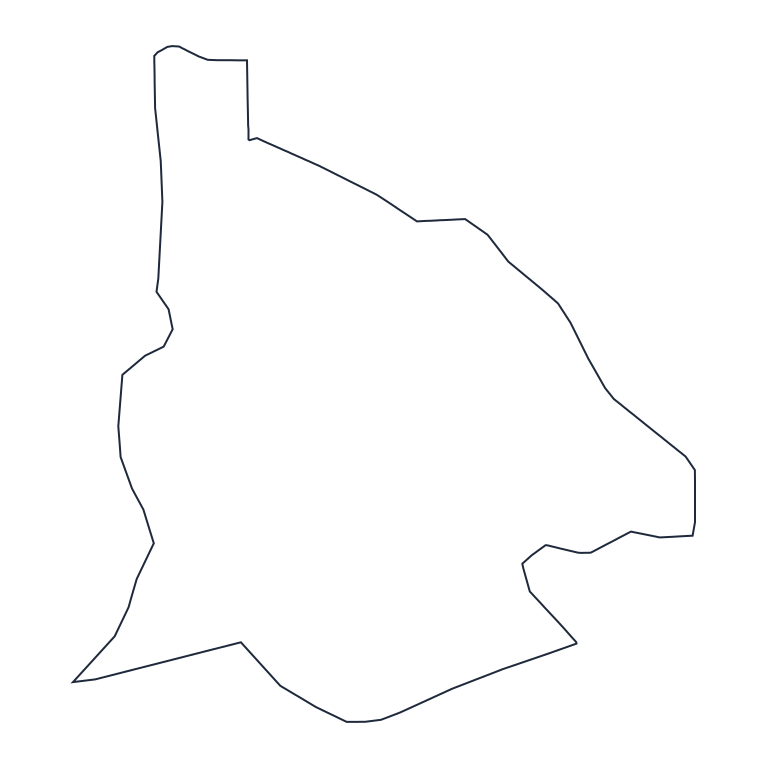 Shia'ria, Eastern Darfur, Sudan (orthographic projection)
{"feature_id": "16777658B58097455185888", "entity_name": "Shia'ria", "entity_type": "district", "adm_level": 2, "iso_a3": "SDN", "parent_name": "Sudan", "parent_adm1": "Eastern Darfur", "projection": "orthographic", "projection_center": [25.77, 12.585], "detail": "fine", "context": "isolated", "style": "outline", "palette": "slate", "viewbox_px": 768, "rotation_deg": 0, "n_neighbors": 0, "source": "geoboundaries", "source_scale": "gbopen_adm2", "svg_char_len": 4965}
<svg xmlns="http://www.w3.org/2000/svg" viewBox="0 0 768 768"><path d="M685.7,456.7L685.3,456.3L684.7,455.8L684.2,455.4L683.9,455.2L683.4,454.8L683.0,454.5L682.8,454.3L682.4,454.0L682.0,453.6L681.1,452.9L680.2,452.2L679.8,451.9L679.0,451.3L677.0,449.7L676.4,449.2L673.5,446.8L672.9,446.4L670.7,444.6L669.4,443.6L667.2,441.8L666.4,441.1L665.8,440.7L658.9,435.1L658.2,434.6L653.2,430.6L648.4,426.7L647.6,426.1L644.5,423.6L644.3,423.4L643.9,423.1L638.9,419.1L636.3,417.0L635.8,416.6L633.5,414.7L632.8,414.2L631.7,413.3L629.1,411.3L626.7,409.3L626.1,408.8L625.4,408.3L623.8,407.0L622.9,406.2L621.7,405.3L621.3,404.9L620.8,404.5L620.5,404.3L619.6,403.6L619.4,403.4L619.1,403.2L618.9,403.0L618.7,402.9L618.1,402.4L617.9,402.2L617.7,402.0L617.4,401.8L616.9,401.4L616.7,401.3L616.4,401.1L615.1,400.0L614.6,399.6L614.2,399.3L614.1,399.1L613.8,399.0L613.6,398.7L605.2,388.2L588.0,358.1L587.6,357.2L570.6,322.9L558.0,303.4L541.8,289.3L525.2,275.6L508.3,261.6L503.0,254.7L497.3,247.3L496.7,246.5L492.5,241.1L487.6,234.8L465.2,219.1L464.0,219.1L463.2,219.2L461.8,219.2L460.6,219.3L460.1,219.3L458.7,219.4L457.3,219.4L454.5,219.6L453.6,219.6L452.9,219.7L448.1,219.9L441.9,220.2L440.9,220.2L440.7,220.2L438.5,220.3L437.8,220.4L429.9,220.8L428.5,220.8L424.0,221.0L417.0,221.4L414.6,219.8L403.3,212.3L403.0,212.1L402.8,212.0L397.4,208.4L392.1,204.8L387.1,201.5L379.3,196.4L378.1,195.6L377.0,194.9L367.5,190.1L364.8,188.7L362.6,187.6L360.7,186.7L360.4,186.5L349.9,181.3L346.2,179.4L337.2,174.9L334.4,173.5L333.2,172.9L326.9,169.7L326.4,169.5L326.1,169.3L325.1,168.8L323.3,167.9L322.4,167.5L321.7,167.1L321.4,167.0L320.1,166.3L319.2,165.9L318.9,165.7L318.6,165.6L318.2,165.4L316.8,164.8L316.3,164.6L315.5,164.2L315.0,164.0L314.8,163.9L314.5,163.8L312.7,163.0L312.3,162.8L311.5,162.4L310.5,162.0L310.2,161.8L306.9,160.4L305.3,159.7L303.7,159.0L303.6,158.9L298.4,156.6L296.3,155.7L293.7,154.5L291.3,153.5L290.3,153.0L289.3,152.5L286.1,151.1L284.4,150.4L283.7,150.1L282.1,149.4L280.5,148.6L278.4,147.7L277.9,147.5L277.1,147.2L275.3,146.3L273.8,145.7L273.2,145.4L271.8,144.8L271.6,144.7L271.2,144.5L270.6,144.3L269.0,143.6L268.5,143.4L267.9,143.1L267.2,142.8L266.8,142.6L266.6,142.5L266.4,142.4L265.9,142.2L265.5,142.0L265.4,141.9L264.7,141.7L263.7,141.2L263.2,141.0L262.7,140.7L262.1,140.5L261.8,140.3L261.6,140.2L261.1,140.0L260.6,139.8L260.1,139.6L259.9,139.5L259.6,139.3L259.2,139.1L258.4,138.7L258.0,138.6L257.9,138.5L257.6,138.4L257.3,138.2L257.0,138.1L256.2,138.3L255.8,138.4L255.5,138.5L255.2,138.6L253.7,139.0L249.5,140.2L248.5,139.5L248.5,139.1L248.5,136.6L248.5,129.6L248.1,125.0L248.1,122.0L247.6,97.9L247.0,60.3L246.6,60.3L246.2,60.3L245.4,60.3L244.2,60.3L242.3,60.3L241.4,60.3L236.8,60.3L236.6,60.3L228.9,60.2L227.1,60.2L219.9,60.2L217.4,60.2L210.1,59.9L208.7,59.9L207.7,59.8L199.7,56.8L198.8,56.5L194.5,54.3L187.9,51.1L184.7,49.4L181.4,47.8L180.6,47.3L179.9,46.9L179.6,46.8L179.0,46.5L172.1,46.1L169.7,46.5L167.3,46.9L166.0,47.7L165.2,48.1L161.6,50.2L157.6,52.3L155.9,54.2L154.2,56.0L154.3,57.0L154.3,59.6L154.3,61.0L154.5,69.7L154.5,70.6L154.6,75.5L154.6,79.3L154.7,86.0L155.1,108.3L155.7,113.7L156.6,122.2L157.1,126.9L157.7,132.7L160.7,160.7L160.9,165.0L162.4,201.8L158.3,278.6L156.5,291.8L159.0,295.4L168.6,309.3L172.2,327.0L172.7,329.2L163.7,346.6L162.9,347.0L145.1,355.7L122.4,374.8L120.6,397.4L118.3,426.2L119.9,446.9L120.6,457.0L132.0,488.5L135.2,494.5L142.8,508.5L143.3,509.3L149.3,528.8L153.8,543.3L136.7,579.0L131.8,595.8L128.6,607.2L124.6,615.6L124.5,615.8L114.7,636.3L73.0,682.1L95.1,679.4L213.6,649.2L240.9,642.3L280.3,685.8L316.0,707.1L346.7,721.9L365.1,721.8L381.0,719.8L400.1,712.5L452.0,688.8L502.9,669.1L550.0,653.0L576.5,643.6L576.2,642.1L573.6,639.2L572.3,637.8L562.4,626.6L562.2,626.4L554.9,618.5L544.7,607.6L539.8,602.2L536.5,598.7L529.8,591.5L528.4,586.5L527.8,584.4L527.4,582.9L523.5,569.0L523.2,567.8L522.3,563.8L522.5,563.5L523.2,562.9L523.4,562.8L523.8,562.4L524.0,562.2L524.3,561.9L524.9,561.4L529.0,557.7L529.3,557.5L530.2,556.6L531.1,555.8L531.8,555.2L532.1,555.0L534.0,553.6L534.7,553.1L534.9,553.0L535.3,552.7L536.4,551.9L536.9,551.5L537.1,551.3L537.6,551.0L538.4,550.4L538.8,550.1L539.3,549.7L540.2,549.1L540.5,548.9L540.8,548.7L541.0,548.5L541.4,548.2L541.7,548.0L541.9,547.9L542.2,547.6L542.6,547.4L542.8,547.2L543.4,546.8L544.6,545.9L544.8,545.7L545.2,545.5L545.6,545.2L546.4,545.2L548.1,545.5L548.5,545.6L549.8,545.9L550.0,546.0L553.5,546.8L554.3,547.0L559.9,548.4L560.6,548.6L562.0,548.9L567.5,550.2L567.9,550.3L568.3,550.4L572.7,551.4L578.1,552.7L581.1,552.9L581.9,552.9L584.4,552.8L587.5,552.8L590.6,552.7L591.9,552.1L607.8,543.7L610.0,542.6L620.0,537.3L621.4,536.6L626.3,534.0L631.0,531.6L632.8,532.0L642.9,534.0L656.3,536.7L658.9,537.3L659.8,537.4L663.1,537.3L664.4,537.2L668.7,537.0L684.5,536.1L692.6,535.7L695.0,522.2L695.0,521.8L695.0,518.8L695.0,517.0L695.0,516.6L695.0,513.3L695.0,507.3L695.0,505.9L695.0,495.0L695.0,480.8L694.9,472.8L694.9,470.1L686.6,458.0L685.7,456.7Z" fill="none" stroke="#1e293b" stroke-width="2"/></svg>